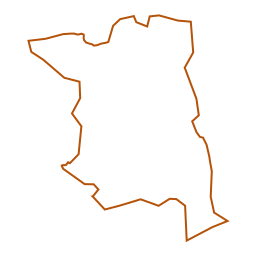 Ix-Uul, Hövsgöl, Mongolia
{"feature_id": "93677404B26219584096108", "entity_name": "Ix-Uul", "entity_type": "district", "adm_level": 2, "iso_a3": "MNG", "parent_name": "Mongolia", "parent_adm1": "Hövsgöl", "projection": "albers", "projection_center": [101.419, 49.506], "detail": "fine", "context": "isolated", "style": "outline", "palette": "amber", "viewbox_px": 256, "rotation_deg": 0, "n_neighbors": 0, "source": "geoboundaries", "source_scale": "gbopen_adm2", "svg_char_len": 1218}
<svg xmlns="http://www.w3.org/2000/svg" viewBox="0 0 256 256"><path d="M227.5,221.0L214.1,212.6L210.7,196.7L211.8,171.3L210.2,162.5L210.2,162.4L209.2,156.1L207.7,149.6L206.5,144.6L203.1,137.8L203.1,137.7L199.9,136.9L196.4,132.0L196.4,131.9L192.2,121.3L198.8,115.3L196.4,98.7L184.7,67.6L184.8,67.5L193.2,52.5L190.8,21.7L178.0,20.6L159.0,15.4L149.7,16.4L147.2,26.5L136.3,22.2L133.8,16.1L120.3,19.1L120.2,19.1L113.1,25.8L108.3,42.0L107.6,42.2L105.7,42.8L101.7,43.5L99.7,44.2L96.9,45.2L94.0,45.6L92.0,44.3L89.4,43.6L86.0,42.5L84.8,41.0L84.1,40.2L83.6,38.1L83.8,36.2L83.7,34.6L81.7,33.7L78.4,34.5L76.7,34.4L75.9,34.1L74.1,33.6L71.3,33.6L63.2,34.1L45.5,38.8L28.5,40.8L31.3,51.9L43.1,59.6L64.3,77.8L79.5,81.7L80.2,98.1L72.0,113.4L72.0,113.5L81.4,126.3L78.6,154.2L69.9,163.2L69.6,163.1L69.1,162.9L68.8,162.5L68.3,162.3L68.0,162.3L67.8,162.4L67.5,162.9L67.3,163.5L66.5,164.2L66.2,164.8L65.4,165.1L63.6,165.1L62.8,165.1L62.3,165.4L62.0,165.5L61.7,165.6L61.7,165.8L63.3,168.9L84.6,184.1L93.7,184.3L98.3,189.4L98.4,189.5L92.8,196.5L92.7,196.5L104.8,209.5L119.1,205.8L140.6,199.3L158.6,205.8L169.7,198.8L176.3,199.1L185.1,205.7L186.7,240.6L212.4,227.1L227.5,221.0L227.5,221.0Z" fill="none" stroke="#b45309" stroke-width="2"/></svg>